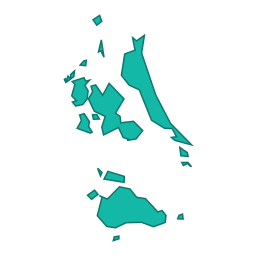 the district of Halmahera Selatan, Maluku Utara, Indonesia
{"feature_id": "22746128B2838702785556", "entity_name": "Halmahera Selatan", "entity_type": "district", "adm_level": 2, "iso_a3": "IDN", "parent_name": "Indonesia", "parent_adm1": "Maluku Utara", "projection": "robinson", "projection_center": [127.53, -0.746], "detail": "medium", "context": "isolated", "style": "filled", "palette": "teal", "viewbox_px": 256, "rotation_deg": 0, "n_neighbors": 0, "source": "geoboundaries", "source_scale": "gbopen_adm2", "svg_char_len": 1830}
<svg xmlns="http://www.w3.org/2000/svg" viewBox="0 0 256 256"><path d="M119.5,186.8L107.3,199.1L99.2,195.6L102.0,197.2L97.3,215.7L106.7,226.4L115.5,227.8L126.1,222.7L141.5,222.3L153.5,226.7L165.2,222.4L166.0,215.4L162.1,210.5L157.7,211.9L145.4,198.6L136.7,197.3L130.0,189.0L119.5,186.8ZM124.7,54.0L121.4,75.3L129.2,85.2L139.3,89.8L151.5,120.2L164.7,128.4L172.1,128.5L176.5,136.8L171.4,137.4L174.9,140.4L191.6,144.9L170.5,123.4L155.7,95.0L141.6,53.1L144.4,35.3L136.6,40.9L132.6,37.7L135.0,50.2L124.7,54.0ZM109.1,83.4L102.7,95.2L95.6,84.9L91.0,86.2L92.6,91.7L88.4,99.0L94.4,111.3L105.2,116.4L101.8,127.1L103.6,134.9L118.5,127.5L123.1,137.4L129.4,139.7L127.0,140.4L136.0,139.0L142.7,130.6L133.5,121.3L120.8,122.8L120.0,116.3L115.5,113.2L124.0,98.9L109.1,83.4ZM83.9,77.7L72.2,81.5L74.9,84.5L71.7,95.8L76.3,100.7L72.4,102.0L75.7,106.0L82.8,104.5L87.2,98.9L88.1,90.7L84.8,85.3L89.6,80.2L85.8,81.2L83.9,77.7ZM84.2,113.7L79.6,115.0L81.4,120.6L77.1,128.3L90.2,133.1L92.2,132.1L88.6,126.5L89.5,121.8L84.2,113.7ZM124.3,176.4L107.9,171.4L104.0,179.1L124.1,182.3L124.3,176.4ZM99.6,15.4L93.0,19.8L96.8,25.2L101.7,21.3L99.6,15.4ZM101.3,39.9L98.5,52.0L100.8,50.8L104.0,57.2L101.3,39.9ZM94.6,190.2L87.5,195.2L91.6,199.3L98.0,194.4L94.6,190.2ZM179.8,147.4L180.9,155.8L188.1,156.4L187.3,152.6L179.8,147.4ZM92.5,114.6L93.4,119.2L99.4,119.0L96.8,114.6L92.5,114.6ZM182.5,214.1L179.0,215.4L177.7,218.8L183.1,219.0L182.5,214.1ZM86.4,60.3L83.8,60.9L80.1,65.1L85.7,65.7L86.4,60.3ZM102.0,172.5L97.6,168.3L100.5,175.9L102.0,172.5ZM187.8,162.4L181.8,162.5L183.3,165.5L188.0,163.4L189.3,165.4L191.6,166.7L187.8,162.4ZM74.5,70.9L70.6,74.6L70.8,78.8L73.8,76.7L74.5,70.9ZM68.0,76.0L66.3,80.7L65.3,78.7L64.4,79.4L65.8,82.5L70.7,79.0L68.0,76.0ZM118.9,236.1L114.3,236.9L113.3,240.6L118.9,238.8L118.9,236.1Z" fill="#14b8a6" stroke="#0f766e" stroke-width="1.5"/></svg>